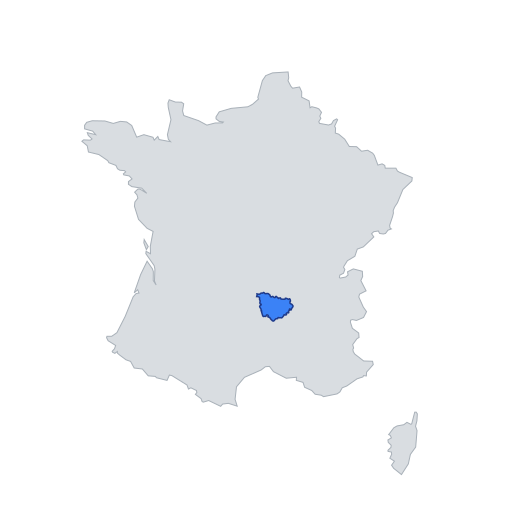 Haute-Loire on a map of France (orthographic projection), rotated 11°
{"feature_id": "FRA-5299", "entity_name": "Haute-Loire", "entity_type": "Metropolitan department", "adm_level": 1, "iso_a3": "FRA", "parent_name": "France", "parent_adm1": "", "projection": "orthographic", "projection_center": [3.906, 45.086], "detail": "fine", "context": "in_parent", "style": "filled", "palette": "blue", "viewbox_px": 512, "rotation_deg": 11, "n_neighbors": 0, "source": "natural_earth", "source_scale": "10m", "svg_char_len": 6390}
<svg xmlns="http://www.w3.org/2000/svg" viewBox="0 0 512 512"><g transform="rotate(11 256 256)"><path d="M383.7,203.6L380.6,205.5L378.8,209.2L376.8,210.1L373.1,210.3L371.3,208.1L366.9,209.7L365.2,212.1L368.0,214.8L359.6,226.6L354.1,229.9L353.1,237.4L346.6,243.2L344.3,249.2L344.1,250.4L345.8,252.3L345.2,256.2L341.9,258.8L342.0,261.3L342.9,261.6L348.1,259.5L350.0,257.1L348.9,254.0L354.0,250.1L363.3,250.7L364.6,255.8L363.6,260.1L370.7,269.2L364.9,273.7L364.7,276.6L371.1,285.7L375.1,289.5L373.3,295.8L366.9,300.1L362.8,300.0L361.1,301.0L361.3,303.0L364.4,308.6L371.5,312.0L372.7,316.3L370.9,317.9L367.8,324.5L369.4,327.7L368.9,329.1L369.7,331.3L371.6,333.4L381.7,338.5L390.5,337.1L391.8,340.2L386.7,348.9L387.2,352.7L384.4,352.9L384.0,354.3L378.6,357.3L369.9,366.3L365.8,368.9L364.3,373.4L361.9,375.9L349.1,381.2L346.7,380.2L340.4,380.4L336.4,377.4L328.8,375.6L326.3,371.1L319.3,370.4L318.9,367.3L309.0,370.2L295.2,366.2L290.3,361.8L286.3,362.9L282.8,366.9L267.8,377.3L261.8,388.1L262.8,400.7L266.2,407.0L257.0,405.9L251.5,407.7L250.0,410.3L237.1,406.9L232.2,409.5L230.9,409.2L229.3,406.5L222.9,403.4L224.0,401.3L223.2,399.4L217.2,397.8L215.1,399.5L212.9,395.8L196.4,389.5L193.7,389.4L192.4,395.1L181.6,394.5L180.1,393.4L173.1,394.2L166.0,388.6L157.8,389.2L153.0,383.4L148.2,382.7L141.5,379.5L138.5,377.8L138.1,376.2L136.0,378.5L133.5,377.8L133.0,377.0L134.8,374.1L135.3,370.6L127.0,367.4L124.9,364.7L125.0,363.3L129.6,362.4L134.1,357.8L139.1,340.3L143.2,319.5L145.5,315.7L148.2,314.7L146.3,311.7L143.5,315.4L146.3,296.2L150.1,281.9L156.7,288.3L158.2,290.9L159.8,299.7L163.5,303.5L161.1,299.9L159.3,288.3L157.9,284.9L147.4,274.7L147.2,272.4L152.0,273.9L150.4,266.6L150.3,251.5L143.8,249.6L133.7,242.5L127.2,230.4L126.8,226.1L129.0,221.7L127.5,218.7L124.7,216.5L127.3,212.8L129.5,212.5L136.8,215.3L130.9,211.2L120.9,211.6L117.1,210.0L116.6,207.3L119.6,204.0L116.4,201.6L110.7,201.6L110.1,200.7L112.0,198.3L110.7,197.3L106.0,197.8L103.4,196.8L101.2,193.8L93.8,192.5L92.3,190.7L82.4,186.4L71.7,185.9L69.3,180.0L63.2,176.6L64.6,174.9L71.3,173.9L72.7,172.4L68.3,169.6L66.9,167.1L75.5,167.5L71.9,164.6L63.5,163.9L62.8,160.4L64.3,157.1L69.4,154.5L81.9,152.3L90.6,153.1L97.2,149.7L103.5,149.1L109.1,151.6L116.2,162.1L122.8,158.3L132.2,159.1L134.0,161.7L136.8,157.4L138.7,160.2L150.3,160.1L147.7,158.2L145.9,153.8L146.5,138.4L141.5,126.8L140.4,122.7L141.0,119.2L147.7,120.3L153.4,119.2L156.0,120.4L156.2,127.6L158.3,131.9L173.8,134.1L182.8,136.9L190.6,133.2L197.8,131.7L198.4,130.7L194.3,130.9L190.6,129.0L190.2,127.1L192.4,121.5L203.5,115.8L219.5,111.1L223.7,107.7L228.5,101.5L227.5,99.9L228.8,82.6L231.2,77.0L237.3,73.1L252.4,69.2L254.1,74.8L254.0,77.9L257.9,82.8L259.9,84.3L266.5,81.8L269.6,86.3L270.5,91.4L278.5,93.6L280.8,100.2L282.3,98.8L287.3,99.1L289.6,99.6L292.9,102.5L291.9,106.5L293.4,108.5L292.0,112.1L293.0,113.7L302.2,113.6L305.0,111.9L306.2,108.3L309.0,106.0L310.1,106.7L308.4,113.6L309.7,115.3L310.4,120.2L313.9,120.6L320.8,124.4L326.7,130.7L333.9,129.5L339.6,133.0L345.4,130.9L350.9,132.8L352.9,134.6L358.3,143.5L362.2,141.5L365.1,142.5L366.1,145.1L376.6,143.1L378.6,145.6L380.8,146.4L394.4,149.2L394.7,152.6L387.5,162.7L384.7,176.7L382.7,181.6L382.0,185.3L382.7,187.6L382.5,191.4L381.3,200.5L382.4,203.1L383.7,203.6ZM445.4,387.0L445.1,392.7L447.4,396.7L449.2,413.1L445.4,421.3L445.2,431.0L440.5,442.8L431.7,438.2L429.0,435.5L431.0,431.0L426.0,429.0L427.0,424.7L426.3,422.6L422.9,422.6L422.6,421.5L425.0,418.1L424.8,416.0L421.4,413.7L420.6,411.4L423.6,408.7L422.1,406.5L420.3,406.0L424.1,398.3L426.9,395.9L433.3,393.4L435.9,390.5L440.2,391.7L440.9,390.9L441.6,379.0L443.0,378.7L444.5,380.2L445.4,387.0ZM148.4,267.3L147.2,270.7L143.4,264.5L143.1,261.2L148.4,267.3Z" fill="#d9dde1" stroke="#a8b0b8" stroke-width="1"/><path d="M264.4,295.7L264.5,294.3L264.4,293.6L264.2,293.0L266.0,293.0L266.9,292.8L267.8,291.7L268.2,291.4L269.3,291.3L269.7,291.0L270.3,290.4L270.8,290.4L271.8,291.1L272.2,291.2L274.6,290.6L275.2,290.6L276.9,291.5L277.2,291.8L277.7,292.7L278.0,293.1L278.4,293.3L278.8,293.3L279.6,292.7L280.0,292.5L280.3,292.5L281.5,293.2L282.2,293.3L282.8,293.0L283.0,292.2L283.4,291.8L285.6,292.9L285.8,293.2L285.9,293.3L286.1,293.4L286.3,293.3L286.6,292.9L286.8,292.8L287.3,292.7L287.7,292.5L288.0,292.5L288.2,292.8L288.4,293.1L288.6,293.3L288.9,293.5L289.1,293.4L289.9,293.4L292.3,293.0L292.5,292.9L292.8,292.7L292.9,292.4L292.9,292.2L292.9,291.9L293.1,291.8L293.4,291.8L294.2,291.8L294.7,291.9L295.8,292.3L296.0,292.4L296.5,292.1L296.8,291.7L297.0,291.6L297.3,291.7L297.7,292.0L298.2,293.0L298.4,293.5L298.4,293.9L298.3,294.1L298.1,294.3L298.1,294.6L298.1,294.9L298.3,295.4L298.4,295.7L298.5,296.0L299.1,296.3L299.9,296.4L300.6,296.7L301.5,297.6L301.9,298.0L301.9,298.3L301.9,298.8L301.8,299.0L301.6,299.5L301.1,300.5L301.0,301.0L300.9,301.2L300.9,301.7L300.9,302.0L300.6,302.3L300.3,302.3L300.2,302.1L300.0,301.9L299.8,301.7L299.6,301.6L299.3,301.6L299.1,301.6L298.9,302.0L299.0,302.2L299.3,302.7L299.3,302.9L299.1,303.2L298.8,303.4L298.5,303.9L298.4,304.2L298.4,304.5L298.8,304.9L298.9,305.1L298.9,305.4L298.7,305.6L298.3,305.7L297.6,305.8L297.4,305.9L297.1,306.0L296.8,306.4L296.8,306.7L296.7,306.8L296.8,306.9L297.0,307.4L297.1,307.6L297.0,307.9L296.6,308.1L295.7,308.4L295.2,308.3L294.9,308.3L294.7,308.5L294.6,308.8L294.5,309.4L294.4,309.7L294.1,310.2L293.5,311.3L293.3,311.6L293.0,311.8L292.7,311.9L291.8,311.9L290.7,312.2L289.9,312.1L289.7,312.2L289.4,312.3L289.3,312.7L289.2,313.0L289.2,313.3L288.9,313.4L288.8,313.5L288.5,313.5L288.1,313.7L287.8,313.7L287.6,313.8L287.3,314.0L286.1,316.0L285.9,316.3L285.3,316.6L284.6,316.5L284.4,316.4L284.2,316.3L284.1,316.1L283.9,316.0L283.5,315.8L283.1,315.6L282.3,314.9L281.5,314.1L281.3,313.9L280.9,313.7L279.4,313.5L279.3,313.4L279.2,313.2L279.3,313.0L279.4,312.7L279.5,312.5L279.4,312.2L279.2,312.0L278.9,311.8L278.4,311.7L278.1,311.7L277.8,311.8L277.6,311.9L277.5,312.1L277.4,312.4L277.4,312.9L277.3,313.2L277.1,313.4L276.9,313.5L276.6,313.6L275.7,313.6L275.4,313.7L275.1,313.8L274.8,314.0L274.4,313.8L273.9,313.2L272.3,310.2L272.1,309.4L272.0,308.9L271.9,308.7L271.7,308.5L271.4,308.6L271.3,307.8L271.0,307.1L269.4,305.3L269.2,304.8L269.4,304.1L269.6,303.8L270.1,303.4L270.3,303.0L270.3,302.5L270.1,302.3L269.4,302.3L269.2,302.1L268.8,301.5L268.7,300.9L268.7,299.5L268.5,299.0L267.9,298.2L267.7,297.8L267.5,296.4L267.3,296.0L266.6,295.7L265.9,295.5L264.4,295.7Z" fill="#3b82f6" stroke="#1e3a8a" stroke-width="1.5"/></g></svg>